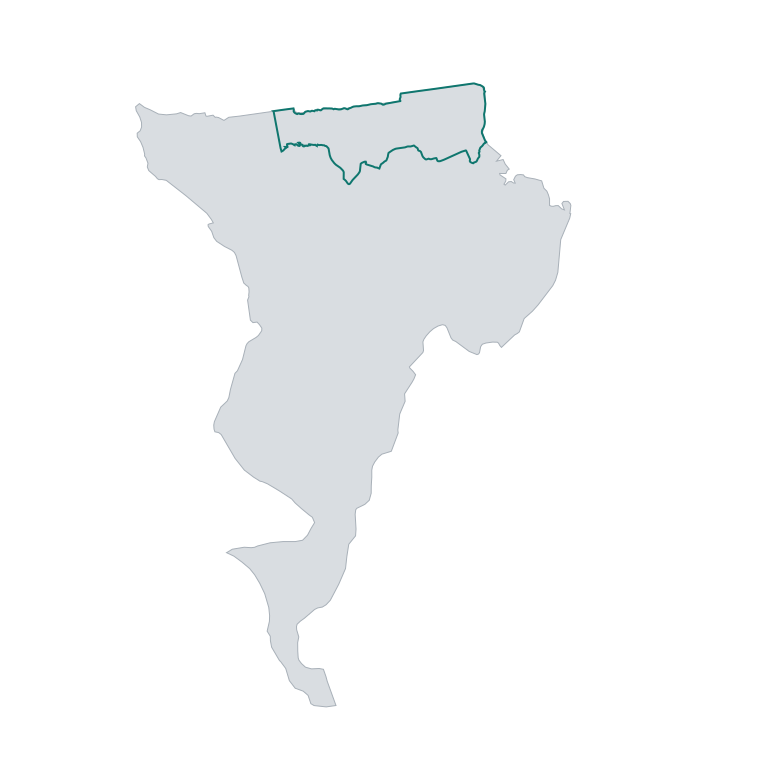 location of Sud within Cameroon, rotated 172°
{"feature_id": "CMR-803", "entity_name": "Sud", "entity_type": "Province", "adm_level": 1, "iso_a3": "CMR", "parent_name": "Cameroon", "parent_adm1": "", "projection": "albers", "projection_center": [11.82, 2.912], "detail": "fine", "context": "in_parent", "style": "outline", "palette": "teal", "viewbox_px": 768, "rotation_deg": 172, "n_neighbors": 0, "source": "natural_earth", "source_scale": "10m", "svg_char_len": 7972}
<svg xmlns="http://www.w3.org/2000/svg" viewBox="0 0 768 768"><g transform="rotate(172 384 384)"><path d="M175.4,526.7L177.0,522.4L188.9,502.4L196.3,470.4L199.7,462.9L203.2,457.9L220.4,440.9L226.8,435.5L236.1,429.3L242.7,416.8L244.9,415.5L247.8,414.4L262.6,403.9L263.9,405.9L264.9,408.5L265.9,409.6L270.7,410.4L277.3,410.4L281.1,409.7L283.1,407.5L285.1,401.7L286.3,400.5L287.9,400.2L295.1,404.4L306.9,416.0L309.9,418.0L311.2,420.3L313.8,430.8L315.2,433.5L317.8,434.6L322.4,433.9L327.2,432.0L331.4,429.3L335.5,425.8L338.3,422.7L339.6,420.3L340.2,411.7L341.1,409.8L356.5,397.4L356.2,396.2L353.6,392.7L351.4,388.8L353.7,384.8L356.0,381.8L365.0,371.4L365.5,363.9L372.6,352.1L376.7,336.5L376.8,333.5L386.1,316.4L395.9,314.8L399.7,312.4L404.0,308.1L406.8,304.2L408.1,300.4L409.1,293.2L410.8,284.9L411.9,277.6L414.8,270.9L419.7,267.5L428.2,264.7L429.5,263.4L430.7,259.0L431.9,244.2L433.3,237.6L441.2,230.2L444.7,218.7L447.8,206.6L456.7,192.0L467.2,177.4L472.0,173.5L476.1,171.7L480.8,171.5L484.1,170.4L495.3,163.2L500.0,160.7L503.5,158.2L504.4,156.0L504.7,152.8L503.6,145.4L505.5,139.9L506.6,131.4L507.1,124.7L506.7,122.4L504.6,118.6L501.2,114.5L495.5,112.0L487.8,111.3L483.7,109.9L482.2,102.3L481.6,97.5L476.3,72.3L486.2,72.3L498.0,75.3L500.9,77.6L502.5,86.2L506.8,91.1L514.3,95.1L519.0,103.4L520.9,116.0L525.0,123.5L526.0,124.7L531.9,139.0L532.2,145.5L531.7,150.0L534.1,155.5L530.5,164.9L529.5,170.6L529.2,178.7L531.3,193.0L534.8,204.0L538.6,213.0L542.7,219.9L549.5,227.5L556.7,234.5L563.4,238.9L557.2,241.5L545.2,241.8L538.3,240.4L535.0,240.3L531.6,241.2L518.8,242.6L505.8,242.0L493.8,240.3L486.4,240.6L480.8,244.9L476.2,251.3L472.0,256.4L473.5,262.0L476.7,265.1L482.9,271.9L488.5,278.5L491.4,283.0L502.5,292.7L513.3,301.4L518.4,304.4L520.3,305.0L526.2,310.0L534.3,318.2L541.8,331.0L552.3,356.7L554.5,358.9L558.1,360.2L558.6,363.0L558.3,367.0L557.2,370.3L548.9,383.8L541.6,389.0L539.5,392.2L536.8,400.0L530.1,415.3L527.3,417.5L520.7,427.9L515.4,441.0L514.0,443.0L511.9,444.7L504.2,447.9L501.6,449.5L497.7,453.7L497.2,456.3L499.0,460.0L501.1,463.0L505.2,463.0L507.4,465.8L507.4,486.1L505.6,489.2L505.7,490.5L504.8,494.0L504.5,498.0L505.1,499.5L506.6,500.8L508.8,503.5L509.9,509.7L512.6,531.7L513.8,535.1L516.0,537.6L522.7,542.3L529.8,548.5L532.1,552.5L533.4,559.2L536.1,564.4L536.1,566.2L535.0,566.8L530.6,567.3L532.1,571.1L535.7,577.7L553.9,598.0L571.3,616.0L575.4,617.4L578.4,617.7L579.8,618.8L581.4,621.4L587.2,628.0L588.2,631.8L587.0,635.5L588.3,641.1L589.4,643.2L589.0,645.0L589.7,651.9L591.3,657.9L593.9,663.1L593.5,666.7L590.2,668.7L588.3,672.1L587.7,676.8L588.7,682.4L591.3,689.1L591.4,693.1L587.2,695.7L582.6,691.2L577.4,688.1L569.7,682.7L561.9,680.8L551.9,680.4L547.6,681.1L540.1,676.8L537.7,676.2L534.4,678.0L532.1,678.1L529.3,677.4L523.6,677.5L523.1,674.3L522.1,673.7L515.9,674.0L514.0,671.5L513.2,671.7L510.8,670.9L505.8,667.3L500.6,669.7L489.8,669.4L435.2,669.5L433.9,666.0L431.2,664.2L426.3,664.1L411.8,664.8L400.7,664.3L393.2,662.9L384.0,662.1L372.6,662.8L360.8,662.7L339.9,661.8L328.4,661.9L328.6,664.0L327.9,665.5L327.3,669.2L253.2,669.1L247.2,666.6L245.3,665.0L244.8,661.9L243.4,661.6L244.5,648.6L247.1,637.9L248.1,627.9L251.5,619.0L249.7,610.2L247.6,606.3L236.4,593.8L241.6,589.0L234.8,589.7L233.4,585.0L230.1,579.4L232.1,578.5L234.0,575.5L240.2,576.4L240.0,574.9L234.7,570.2L235.2,567.9L237.4,565.2L236.3,564.1L232.5,566.9L229.8,566.8L227.7,565.0L226.1,564.7L227.1,568.3L224.9,571.5L222.9,572.6L219.5,572.4L216.7,571.6L215.9,569.8L213.3,568.4L205.9,566.0L199.6,563.2L198.4,555.6L195.9,552.3L194.9,548.6L194.3,544.3L195.2,537.8L193.6,536.8L191.8,536.4L189.1,536.7L186.6,536.4L183.7,532.7L181.1,531.3L182.7,538.0L180.8,539.8L176.4,539.3L174.5,536.8L174.1,534.9L176.2,526.9L175.4,526.7Z" fill="#d9dde1" stroke="#a8b0b8" stroke-width="1"/><path d="M351.4,663.0L350.6,662.9L347.7,662.0L346.6,661.0L346.1,660.7L345.3,660.7L344.6,660.8L343.2,661.3L328.5,661.9L328.4,662.4L328.7,663.1L328.8,663.8L328.4,664.6L328.0,665.2L327.7,665.8L327.6,666.7L327.6,667.4L327.5,668.0L327.3,668.7L326.9,669.3L310.5,669.3L294.0,669.2L277.6,669.2L276.8,669.2L264.7,669.2L261.2,669.2L253.8,669.2L252.7,669.0L249.2,667.3L248.3,667.0L247.3,666.7L245.9,665.7L244.6,664.6L243.9,663.7L243.8,662.6L244.0,661.5L243.9,660.4L243.3,659.5L244.0,658.9L244.0,658.5L244.4,657.6L244.6,647.3L246.3,640.0L247.2,637.7L247.4,636.8L247.6,629.8L248.2,627.3L249.1,625.1L250.1,623.5L251.3,622.1L251.9,620.6L252.1,618.8L250.0,610.8L249.0,609.5L249.0,609.2L249.5,609.2L249.9,609.1L250.5,608.8L250.5,608.5L251.5,608.1L251.8,607.9L252.1,607.6L252.7,606.9L253.2,606.4L253.8,605.9L255.2,605.0L255.6,604.7L255.8,604.5L257.1,602.1L257.2,601.8L257.2,601.5L257.1,601.0L257.1,600.7L257.7,600.0L257.9,599.8L258.0,599.6L258.0,599.4L257.8,598.5L257.7,597.8L257.8,596.7L258.0,595.8L258.1,595.6L258.3,595.4L259.2,594.6L259.6,594.2L260.4,593.0L260.6,592.6L260.8,592.3L261.1,591.9L261.5,591.6L261.6,591.4L261.8,591.3L262.2,591.2L262.5,591.1L263.8,590.9L264.0,590.8L264.3,590.7L264.6,590.3L264.7,590.2L264.9,590.2L265.7,590.5L266.7,591.1L267.6,591.8L268.0,592.9L267.5,594.7L270.2,603.7L270.6,603.9L274.9,603.2L292.2,598.1L293.6,597.7L297.2,596.9L298.4,596.9L299.4,597.1L299.8,597.4L300.1,597.8L300.4,599.0L300.6,600.2L300.9,600.5L303.2,600.4L305.8,600.0L307.1,600.2L307.9,600.6L308.3,600.9L309.0,600.8L310.7,600.5L311.3,600.6L312.0,601.1L313.6,603.1L314.2,604.5L315.1,608.6L315.7,609.4L316.3,609.9L316.9,610.1L317.4,610.4L317.7,611.0L317.9,612.6L318.2,613.1L318.9,613.6L321.2,616.0L323.2,615.7L324.7,615.5L327.0,615.9L327.9,615.9L330.2,615.4L338.8,615.4L340.0,615.3L342.7,614.5L346.8,612.5L347.4,612.1L348.2,610.0L348.6,608.5L350.4,605.3L351.0,604.8L352.2,604.4L352.8,604.1L353.9,603.3L356.4,602.0L356.8,601.4L358.6,598.0L359.6,598.5L360.6,599.2L362.5,599.7L363.2,600.0L364.4,600.9L370.6,603.8L371.4,604.4L371.5,604.8L371.2,605.5L370.9,606.0L371.1,606.7L371.7,606.8L372.6,606.8L375.3,606.0L376.4,605.3L378.2,598.3L378.9,597.1L380.8,595.1L386.7,590.4L389.7,587.2L390.4,586.8L391.0,586.8L391.4,587.0L391.7,587.3L392.1,587.8L393.4,590.4L394.5,591.8L395.4,592.7L394.4,599.3L394.5,599.8L394.6,600.2L394.8,600.8L395.5,601.9L397.2,604.2L401.1,607.8L402.5,609.6L404.5,613.1L405.4,615.5L405.9,618.2L406.1,624.4L406.2,625.1L407.9,627.5L408.2,627.6L409.2,628.0L409.6,628.3L409.8,628.6L410.0,628.7L411.3,628.9L412.2,629.3L413.0,629.5L414.8,629.6L415.6,629.8L416.4,630.3L417.5,629.3L417.5,629.2L417.9,629.5L418.9,630.5L419.2,630.5L419.9,630.4L422.4,631.1L423.2,631.4L423.4,631.0L423.8,630.7L424.1,630.7L424.5,631.7L424.8,631.9L425.2,631.7L425.4,631.2L425.7,630.6L426.5,630.4L427.4,630.6L428.0,631.0L428.5,630.8L428.8,630.7L429.1,630.8L429.5,631.0L430.2,630.4L431.0,630.7L431.5,631.4L431.4,632.2L432.8,632.7L433.1,633.1L433.4,634.4L433.8,634.7L434.4,634.8L435.2,634.8L434.8,634.2L434.1,632.6L434.0,632.1L434.5,631.5L435.1,631.6L435.6,631.9L436.1,632.1L437.2,633.4L437.6,633.7L438.4,633.7L438.8,633.7L439.0,633.5L439.2,632.8L439.6,633.0L439.9,633.4L440.1,633.7L442.1,634.9L442.7,635.1L445.9,635.1L446.7,634.9L446.8,634.2L446.5,632.7L446.7,632.0L447.3,632.0L448.0,632.4L448.8,632.5L448.2,631.7L448.3,631.3L449.1,631.0L451.2,629.3L451.8,629.0L452.5,628.7L453.1,628.5L453.6,631.9L455.4,669.5L455.5,669.6L453.1,669.6L444.7,669.6L435.3,669.5L435.2,668.1L435.5,666.5L435.2,665.7L434.7,665.0L433.9,664.3L433.0,663.7L432.4,663.4L432.0,663.5L431.2,663.8L430.7,663.8L430.4,663.7L429.6,663.1L428.1,662.8L426.4,662.7L425.9,662.9L425.3,663.4L424.2,664.4L423.7,664.6L421.3,664.9L419.8,664.3L418.9,664.1L418.1,664.4L417.5,664.6L416.6,664.4L414.9,663.8L414.4,664.4L413.8,664.6L413.1,664.5L412.3,664.2L411.8,664.9L410.7,664.7L409.5,664.1L408.5,663.8L407.8,664.1L407.2,664.6L406.4,665.1L405.3,665.4L397.9,664.2L396.6,663.8L395.7,663.1L394.4,663.4L393.5,663.1L390.4,662.1L388.3,662.0L385.3,662.7L384.3,662.5L382.5,661.4L381.8,661.1L381.3,661.2L380.1,661.8L379.6,661.9L378.5,662.1L376.4,662.8L375.3,663.0L372.9,662.9L370.7,662.6L369.7,662.5L366.4,662.8L362.3,662.5L358.1,662.9L353.3,662.7L351.4,663.0Z" fill="none" stroke="#0f766e" stroke-width="2"/></g></svg>